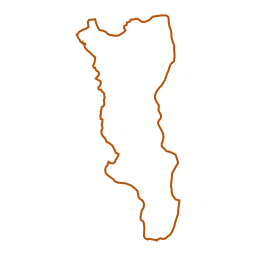 Lawas, Sarawak, Malaysia
{"feature_id": "92858781B12558233193799", "entity_name": "Lawas", "entity_type": "district", "adm_level": 2, "iso_a3": "MYS", "parent_name": "Malaysia", "parent_adm1": "Sarawak", "projection": "robinson", "projection_center": [115.436, 4.467], "detail": "fine", "context": "isolated", "style": "outline", "palette": "amber", "viewbox_px": 256, "rotation_deg": 0, "n_neighbors": 0, "source": "geoboundaries", "source_scale": "gbopen_adm2", "svg_char_len": 3012}
<svg xmlns="http://www.w3.org/2000/svg" viewBox="0 0 256 256"><path d="M156.1,240.0L156.6,240.6L158.6,239.0L160.5,238.3L162.3,238.9L163.8,238.9L165.5,238.4L166.8,237.3L168.3,236.0L169.7,235.1L170.8,233.8L172.3,231.3L174.6,225.3L175.2,222.4L176.4,218.8L176.6,218.0L178.1,213.4L178.1,211.6L178.3,208.6L178.7,206.4L179.4,200.5L175.4,199.3L174.0,197.1L172.9,195.8L172.0,193.7L171.6,190.5L171.5,188.4L170.8,185.9L171.2,184.0L171.3,181.8L171.8,177.4L172.1,173.9L172.9,171.7L174.4,169.3L176.0,166.3L178.2,162.8L176.5,157.3L175.5,154.7L172.1,152.8L169.2,151.7L166.6,151.2L165.4,150.0L164.3,148.7L161.7,146.3L161.7,143.6L162.6,141.2L163.5,137.9L163.4,135.4L162.7,132.7L160.1,127.6L158.7,125.3L157.9,122.9L158.8,120.5L160.2,119.0L161.0,117.5L161.1,115.7L160.2,113.7L158.4,110.2L158.8,107.5L158.8,105.2L157.5,103.3L155.5,99.9L154.9,96.6L155.7,93.2L157.6,90.0L159.6,87.3L161.7,85.4L165.0,79.8L166.2,76.5L167.0,73.8L168.3,71.0L169.8,66.4L170.7,64.1L172.6,62.5L174.0,61.2L174.5,57.5L174.5,53.3L174.1,49.8L174.1,45.6L171.7,38.5L171.4,35.7L171.3,32.5L170.8,29.9L169.6,26.9L168.7,22.1L168.7,20.4L168.6,18.2L167.9,16.6L166.1,15.4L161.4,15.4L152.7,16.7L150.1,19.5L147.1,21.0L144.7,21.9L142.3,22.0L137.4,18.8L135.5,18.9L133.7,19.4L130.7,19.6L130.1,21.4L128.6,22.0L126.9,22.5L126.6,25.0L125.3,25.4L124.0,26.3L124.1,28.1L125.4,30.3L124.1,32.0L122.1,33.5L118.1,35.6L114.3,35.7L110.0,35.0L107.8,33.9L105.5,31.7L102.2,30.5L99.7,30.1L98.2,28.2L96.7,24.8L95.1,19.3L89.1,19.9L87.8,21.9L88.5,27.1L85.4,29.1L83.0,29.7L79.0,32.0L78.1,33.5L76.6,34.7L77.7,36.3L78.0,37.7L79.7,39.9L80.3,41.6L81.5,42.6L82.4,41.9L82.6,43.2L83.2,43.7L84.6,43.3L85.3,44.1L84.5,45.0L84.5,46.5L85.3,48.1L86.5,49.7L89.6,52.1L94.0,56.5L95.3,57.4L95.0,59.2L94.4,63.1L93.1,65.7L94.0,67.9L95.3,67.9L95.8,70.0L97.3,71.2L98.6,72.2L99.1,74.4L98.2,75.8L97.0,77.0L95.8,78.6L97.1,79.4L100.3,80.9L100.9,83.0L100.2,85.2L98.3,87.6L98.7,89.4L101.1,89.7L102.0,91.7L103.2,92.4L104.2,93.6L104.3,96.0L104.7,97.1L103.8,100.5L104.3,102.8L104.1,105.0L103.2,106.4L101.7,107.0L101.6,108.6L101.1,110.4L101.0,111.7L101.0,113.9L100.2,115.2L100.6,116.9L100.8,119.0L101.4,118.9L102.5,119.6L102.3,121.3L102.3,122.8L101.7,124.8L101.7,125.6L102.5,127.2L102.4,128.7L101.4,130.7L101.5,133.6L102.8,136.0L104.2,137.5L105.5,139.0L106.5,141.9L109.0,142.9L111.9,145.2L112.9,146.6L113.8,148.3L115.0,150.6L115.7,152.6L117.4,153.6L118.6,154.1L118.3,155.8L117.1,157.6L116.2,159.2L115.4,160.6L114.7,162.3L112.6,163.5L109.4,162.7L108.8,161.8L108.6,161.7L107.9,163.8L107.2,165.5L106.0,167.0L105.3,169.2L105.3,171.1L105.8,173.1L107.7,175.3L110.0,176.8L113.5,179.5L114.9,181.4L118.3,182.7L121.9,183.0L125.6,183.4L128.6,184.5L131.5,185.7L135.0,188.6L137.3,190.8L138.1,193.9L138.5,197.0L140.2,199.1L142.7,200.6L143.7,202.9L144.1,205.3L143.4,208.2L141.8,210.2L140.7,216.0L140.5,218.6L140.9,220.0L143.2,221.5L143.8,223.0L144.4,228.4L144.2,230.6L144.1,232.5L144.0,236.5L145.3,238.4L147.8,239.5L148.1,239.1L148.3,238.9L150.4,238.9L152.1,239.4L154.5,239.8L156.1,240.0Z" fill="none" stroke="#b45309" stroke-width="2"/></svg>